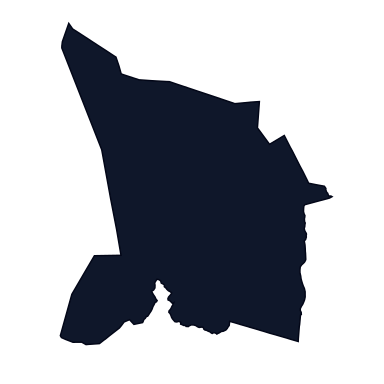 San Martín Peras, Oaxaca, Mexico (orthographic projection), rotated 4°
{"feature_id": "50627088B75957379157629", "entity_name": "San Martín Peras", "entity_type": "district", "adm_level": 2, "iso_a3": "MEX", "parent_name": "Mexico", "parent_adm1": "Oaxaca", "projection": "orthographic", "projection_center": [-98.226, 17.372], "detail": "fine", "context": "isolated", "style": "filled", "palette": "ink", "viewbox_px": 384, "rotation_deg": 4, "n_neighbors": 0, "source": "geoboundaries", "source_scale": "gbopen_adm2", "svg_char_len": 3191}
<svg xmlns="http://www.w3.org/2000/svg" viewBox="0 0 384 384"><g transform="rotate(4 192 192)"><path d="M71.9,346.3L76.3,347.9L83.8,350.2L85.9,350.0L92.5,349.5L96.9,351.6L100.1,351.1L110.2,349.7L114.5,345.8L115.9,344.7L119.5,341.3L126.4,335.1L129.0,332.8L130.8,330.3L133.3,326.4L138.6,323.7L143.3,328.1L151.8,325.7L152.2,324.8L152.9,322.5L154.1,321.4L155.2,319.4L156.4,319.0L157.4,317.3L158.2,315.8L159.5,313.6L160.4,311.4L161.0,309.1L161.9,307.2L162.9,304.7L164.2,304.0L164.8,302.7L163.4,301.2L162.4,299.3L160.5,296.9L158.6,293.9L160.5,292.5L161.7,290.3L161.6,287.5L161.1,285.3L162.4,282.7L163.1,281.5L165.4,281.8L167.0,283.0L167.7,285.0L170.0,286.0L171.0,286.8L171.0,288.4L172.7,289.6L173.7,290.8L175.4,292.2L177.3,293.0L178.7,294.1L178.2,295.5L177.3,296.6L175.9,298.5L175.4,300.1L175.7,301.4L177.3,301.9L178.3,302.7L180.4,304.6L181.5,303.8L180.8,305.9L180.0,307.4L179.3,309.3L178.7,310.5L177.4,312.2L177.3,313.6L178.6,314.8L179.3,316.0L179.8,317.0L180.2,318.1L181.2,319.7L182.9,321.5L184.1,322.6L185.9,322.7L187.7,322.0L189.9,322.7L189.9,324.6L191.3,325.0L193.0,325.7L195.0,325.6L195.4,326.5L197.7,326.5L198.7,325.6L200.6,324.6L202.5,324.5L203.9,324.7L205.4,325.1L206.8,326.0L208.6,326.6L210.8,326.1L212.6,326.2L213.4,328.0L214.4,328.7L216.6,329.1L217.5,329.6L219.8,330.3L220.6,331.0L222.0,331.7L223.1,331.0L224.4,330.8L226.0,331.4L226.7,332.0L227.8,331.2L228.7,330.8L229.5,330.2L231.0,329.1L232.9,328.7L235.4,327.3L236.7,325.6L237.3,324.3L238.4,322.6L238.6,318.4L243.5,319.4L248.4,320.5L249.6,320.8L251.6,321.2L253.9,321.7L257.7,322.5L258.3,322.7L260.7,323.2L263.5,323.8L267.6,324.7L270.1,325.3L272.0,325.7L272.5,325.8L273.8,326.1L279.3,327.4L286.2,328.8L287.0,329.0L296.8,331.1L300.5,332.0L308.4,333.7L308.3,331.2L308.4,318.6L308.6,316.7L308.8,307.2L309.6,306.6L309.3,304.4L308.2,302.5L308.2,300.7L309.2,298.2L310.2,296.5L311.2,293.7L311.8,291.7L312.2,288.8L312.0,286.5L311.8,283.6L310.8,280.3L309.6,278.1L308.6,275.8L307.6,273.2L306.8,270.8L306.3,268.2L305.3,264.9L305.1,262.4L305.2,259.2L306.4,257.1L308.2,255.2L309.1,254.1L309.9,252.5L310.2,251.3L309.5,245.1L309.2,243.5L308.9,240.5L308.8,239.9L308.4,236.9L307.4,233.0L308.6,231.5L309.2,228.9L308.9,227.8L309.1,226.6L308.9,225.3L308.3,224.5L307.3,223.0L306.5,220.8L306.9,218.6L306.9,216.7L307.1,215.0L306.4,213.8L306.1,211.8L306.0,210.8L306.2,209.6L306.3,207.7L305.3,205.9L304.6,203.7L304.5,201.0L304.5,199.5L304.6,198.1L305.4,196.8L315.5,193.3L329.7,188.4L332.0,186.9L330.8,186.3L329.1,186.6L328.1,185.4L327.4,183.7L326.5,183.1L325.3,180.5L325.3,179.1L324.2,177.7L323.6,177.0L315.5,176.1L307.7,175.1L307.6,174.9L306.5,172.9L301.3,164.0L297.7,158.3L289.1,143.9L287.0,140.7L280.1,129.2L266.0,139.0L254.3,125.2L252.8,123.5L252.9,97.1L244.3,98.3L242.1,98.7L230.5,100.6L228.4,100.9L227.2,100.5L215.7,97.5L201.4,93.8L187.1,90.1L172.8,86.4L170.8,85.9L161.8,83.5L158.6,83.6L144.2,83.8L131.3,83.8L130.0,83.4L126.6,82.6L115.5,79.8L113.1,79.1L110.3,71.3L106.7,62.7L105.5,62.1L101.4,59.8L96.1,56.8L87.0,51.8L72.9,43.9L70.0,42.3L61.6,37.7L57.3,32.4L52.2,51.1L52.0,55.3L52.1,57.4L99.0,156.1L111.3,204.3L119.4,234.6L125.6,260.1L99.1,262.4L90.7,279.3L79.3,302.4L70.7,344.5L71.9,346.3Z" fill="#0f172a" stroke="#020617" stroke-width="1.5"/></g></svg>